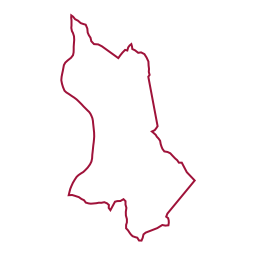 Lajeado, Tocantins, Brazil (Robinson projection)
{"feature_id": "56859067B46594073985898", "entity_name": "Lajeado", "entity_type": "district", "adm_level": 2, "iso_a3": "BRA", "parent_name": "Brazil", "parent_adm1": "Tocantins", "projection": "robinson", "projection_center": [-48.308, -9.839], "detail": "fine", "context": "isolated", "style": "outline", "palette": "rose", "viewbox_px": 256, "rotation_deg": 0, "n_neighbors": 0, "source": "geoboundaries", "source_scale": "gbopen_adm2", "svg_char_len": 2114}
<svg xmlns="http://www.w3.org/2000/svg" viewBox="0 0 256 256"><path d="M167.4,213.6L194.7,180.5L186.8,172.2L181.8,162.7L178.9,162.7L177.2,160.2L175.2,158.5L172.8,156.0L170.3,153.3L167.6,152.0L164.3,151.4L162.4,148.8L161.5,146.6L160.7,144.1L160.1,140.8L158.6,138.6L156.8,136.7L155.7,134.8L151.9,131.5L154.7,130.2L156.2,128.3L157.6,126.2L148.3,76.7L149.6,74.9L148.8,71.9L149.0,68.9L148.6,65.6L148.4,61.5L146.6,57.6L144.4,54.1L141.1,52.4L138.2,52.8L135.0,50.3L132.3,49.0L132.0,46.5L131.3,44.1L129.6,45.5L128.2,47.4L127.3,50.5L125.1,49.9L122.4,52.7L120.3,55.3L118.3,58.1L101.9,46.3L98.2,44.4L94.0,44.1L91.3,41.2L90.5,37.7L88.9,35.3L87.7,32.6L87.3,28.5L85.7,24.7L83.3,24.0L80.7,23.1L78.0,20.7L75.1,19.2L73.1,16.7L71.3,15.4L71.2,17.7L71.5,20.5L71.5,23.2L71.5,25.6L71.3,27.9L71.9,31.0L73.0,33.1L74.0,36.3L74.2,39.9L73.9,43.7L73.7,46.8L73.7,49.1L73.6,52.4L73.0,55.2L71.0,57.8L67.7,60.4L65.3,62.6L63.9,65.1L63.4,67.8L62.8,70.9L62.1,74.2L61.6,76.8L61.3,80.2L62.0,83.8L63.0,87.1L64.5,90.7L66.3,92.4L68.7,93.9L71.9,96.1L74.2,97.6L76.7,99.5L78.4,101.1L79.9,102.6L81.7,104.4L83.5,106.4L85.5,108.4L87.6,110.5L89.2,112.0L90.5,113.9L91.5,116.0L92.4,118.3L92.9,120.8L93.1,123.1L93.4,125.8L93.7,128.6L94.1,132.6L94.2,136.5L94.0,139.3L93.7,142.4L93.3,145.3L92.9,149.3L92.6,152.2L92.3,154.7L92.1,158.4L91.4,161.6L90.0,164.4L87.6,167.7L85.2,170.2L83.3,172.0L81.0,173.4L78.4,175.2L76.6,176.9L74.8,179.6L72.9,182.8L71.4,186.1L70.3,188.8L69.5,191.8L68.7,195.2L72.1,195.0L74.5,195.7L76.6,196.4L78.8,197.1L81.5,199.0L84.0,200.2L85.8,202.6L88.6,203.4L90.8,203.7L93.2,203.5L96.4,203.2L98.9,202.7L101.3,202.8L104.3,202.2L107.0,203.3L108.9,205.0L108.7,207.9L110.4,210.2L115.0,201.7L117.3,201.1L120.4,201.0L123.5,199.2L125.5,201.2L125.5,204.6L126.4,207.9L125.8,211.9L125.9,215.5L126.9,219.1L126.9,222.4L126.1,224.9L126.1,228.3L128.0,230.3L129.5,232.6L130.8,234.4L132.6,236.2L135.1,237.1L137.3,237.7L139.0,240.5L141.5,240.6L142.7,237.8L143.5,234.4L145.7,232.6L150.9,230.6L157.3,228.1L159.7,226.6L162.3,225.0L165.4,225.6L168.4,225.3L168.8,222.8L168.7,220.4L168.1,218.1L166.2,216.7L167.4,213.6Z" fill="none" stroke="#9f1239" stroke-width="2"/></svg>